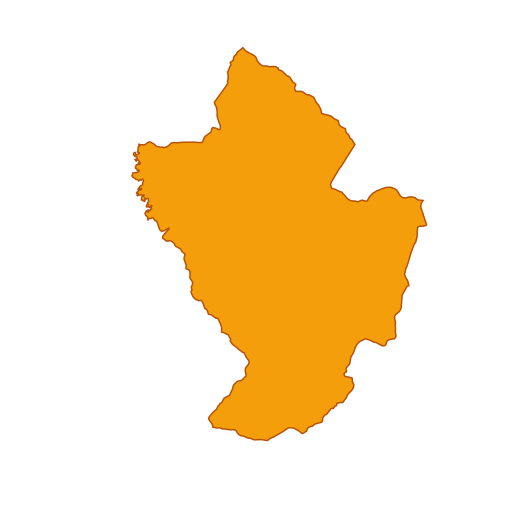 outline of Picota, San Martín, Peru, rotated 41°
{"feature_id": "86281439B32206092239911", "entity_name": "Picota", "entity_type": "district", "adm_level": 2, "iso_a3": "PER", "parent_name": "Peru", "parent_adm1": "San Martín", "projection": "mercator", "projection_center": [-76.326, -6.941], "detail": "fine", "context": "isolated", "style": "filled", "palette": "amber", "viewbox_px": 512, "rotation_deg": 41, "n_neighbors": 0, "source": "geoboundaries", "source_scale": "gbopen_adm2", "svg_char_len": 6129}
<svg xmlns="http://www.w3.org/2000/svg" viewBox="0 0 512 512"><g transform="rotate(41 256 256)"><path d="M335.7,413.5L339.7,411.2L340.9,409.7L344.2,408.5L345.9,407.0L351.2,403.7L352.5,402.2L354.5,401.0L355.6,400.9L358.2,401.8L360.2,402.0L362.5,401.6L364.4,400.2L369.3,398.7L371.5,397.2L375.4,395.8L380.3,391.2L385.4,388.0L385.9,387.2L386.3,384.4L388.0,381.1L391.4,371.2L393.3,364.1L397.2,361.2L403.1,359.9L407.2,359.8L408.2,357.9L409.0,354.9L408.0,351.8L408.3,350.5L409.2,348.4L410.3,347.3L410.6,344.4L414.6,338.3L414.2,336.7L412.7,334.6L412.2,330.8L413.0,329.7L413.2,328.2L412.9,326.0L413.1,324.1L412.6,322.8L413.4,321.1L414.4,320.1L414.0,318.0L414.9,316.1L413.7,313.8L415.0,312.6L415.5,311.3L416.8,310.6L417.6,309.4L417.1,303.9L416.0,299.7L416.4,295.9L416.2,292.7L414.9,289.8L414.1,288.8L411.3,287.7L409.2,285.5L408.4,285.0L402.2,288.4L401.2,288.3L399.8,287.2L399.5,285.9L400.1,284.7L400.0,283.7L399.8,283.3L398.2,282.4L397.6,281.5L397.5,276.0L394.0,270.2L392.9,264.8L391.2,260.5L390.2,256.8L390.2,254.1L390.6,251.5L391.6,250.1L392.4,247.4L393.4,246.4L398.2,244.4L400.7,244.0L403.6,242.5L410.3,240.9L411.7,239.6L412.3,238.3L410.8,234.7L410.9,233.2L411.6,231.4L414.8,227.6L414.7,225.7L414.0,224.4L410.7,221.7L408.8,219.1L406.1,216.5L405.3,215.0L402.0,212.5L400.2,210.5L399.8,208.4L400.6,203.9L400.1,201.1L399.5,199.8L392.0,189.7L390.1,180.8L390.1,179.2L390.8,178.1L386.8,175.2L383.2,174.1L380.3,172.5L377.7,168.0L376.3,163.8L370.3,150.5L367.9,143.9L367.4,140.7L365.1,136.1L359.5,128.9L359.3,127.4L359.6,126.6L362.6,123.8L364.0,121.9L364.3,120.6L349.0,111.4L347.2,109.8L345.9,107.0L345.7,104.5L341.2,107.6L337.5,107.6L334.4,109.5L333.0,110.8L331.0,113.8L328.2,115.9L325.0,115.8L319.2,114.0L316.4,114.3L312.9,115.6L311.6,116.6L309.1,119.1L307.9,121.1L304.3,127.8L303.0,132.2L302.8,136.7L303.7,141.1L303.5,142.0L302.9,142.6L299.5,144.2L298.6,145.5L297.4,148.2L294.2,149.9L291.7,151.9L288.9,152.6L287.2,152.7L278.9,151.5L276.3,152.7L272.2,153.6L270.9,154.4L268.3,155.2L265.3,153.1L264.5,151.3L261.8,136.8L261.3,131.2L257.5,107.0L252.2,105.3L249.3,105.5L248.1,104.4L245.6,103.7L243.6,103.8L242.5,103.4L239.9,101.3L235.8,102.5L233.1,102.5L231.9,102.0L229.7,100.2L228.8,100.0L225.1,101.1L221.4,101.1L219.3,101.8L212.3,105.3L211.4,105.0L208.6,102.8L204.0,101.0L200.1,100.4L196.4,98.7L194.7,98.5L190.4,99.5L188.3,101.1L184.4,101.3L183.3,101.7L181.4,102.6L178.0,105.7L175.8,104.7L174.9,103.7L174.2,102.7L173.8,100.8L173.2,100.3L169.1,100.4L163.8,98.8L162.4,99.0L161.8,99.6L160.9,99.7L154.1,99.3L150.9,100.6L149.1,99.5L146.6,100.3L144.8,101.5L142.1,104.3L139.7,105.4L136.6,108.0L135.0,108.4L132.5,108.5L128.8,107.8L125.5,106.1L123.0,105.9L114.8,107.8L112.7,108.0L109.4,107.4L108.2,115.1L108.9,116.0L108.5,119.5L108.8,120.7L110.4,123.4L109.6,126.9L111.9,128.4L112.0,130.6L112.8,131.9L113.0,133.1L113.5,133.6L113.8,135.8L116.5,137.9L119.2,141.3L119.9,143.0L121.2,143.8L121.9,146.9L123.7,167.1L124.8,168.1L128.9,169.9L132.3,172.8L134.8,176.0L141.8,180.2L143.2,180.7L145.3,183.0L145.7,184.2L145.3,184.9L141.6,185.9L139.1,187.5L139.0,188.8L140.8,192.0L139.2,198.8L139.2,200.4L140.8,205.1L139.9,206.7L134.0,211.2L125.7,218.6L122.7,221.8L118.8,225.0L117.9,226.5L117.8,228.9L117.2,231.7L115.4,234.8L114.3,234.9L112.5,236.5L109.0,238.5L105.4,238.4L103.9,238.9L101.8,239.1L101.1,239.5L100.2,240.5L99.1,244.8L98.6,245.5L94.9,248.4L94.4,248.4L94.7,249.1L95.8,249.1L95.6,251.2L96.6,252.1L97.1,253.3L98.1,253.8L98.2,255.1L99.1,255.3L100.2,254.7L100.7,255.4L99.3,258.5L98.5,258.4L97.4,257.1L96.8,257.1L96.3,258.1L96.7,259.4L97.3,260.0L99.4,260.3L100.7,259.5L101.4,259.5L102.2,260.1L102.4,260.9L101.4,262.5L102.6,263.0L103.4,262.8L103.3,261.3L104.0,260.8L106.2,261.3L106.5,262.2L106.2,263.4L106.5,263.5L107.4,263.2L107.1,261.8L107.5,261.5L107.8,261.7L107.8,263.5L105.9,265.7L106.9,268.3L107.4,268.8L109.1,268.6L110.3,269.3L110.7,269.1L111.2,268.1L111.6,268.0L112.1,269.1L111.7,270.6L108.6,274.1L109.5,275.6L109.7,276.9L111.6,277.4L112.6,277.0L115.0,277.0L116.9,276.0L118.3,276.2L118.5,274.6L119.6,274.1L119.8,272.5L120.4,272.3L122.0,273.3L122.5,275.3L123.4,276.1L123.7,276.8L122.6,279.7L123.1,280.7L123.0,281.8L124.5,281.3L125.1,280.3L125.7,280.4L125.9,280.9L125.2,282.5L123.6,282.8L123.4,283.2L124.9,284.4L124.4,285.7L124.4,286.7L125.1,287.0L126.0,286.1L126.5,286.2L126.3,287.8L126.6,288.3L127.3,288.1L127.8,286.5L131.6,283.6L131.9,284.2L131.1,285.2L131.2,286.7L132.7,288.8L133.8,288.2L134.7,288.6L135.2,287.6L136.1,287.7L135.8,286.8L134.2,285.4L135.8,285.0L136.2,283.9L136.7,283.4L137.5,283.7L139.1,285.3L139.3,287.3L141.2,287.9L141.1,288.3L140.0,289.1L140.8,290.6L141.6,290.5L142.7,289.3L143.8,289.1L143.7,286.8L144.0,286.5L144.6,286.6L145.2,288.4L146.4,289.1L145.7,290.2L146.4,291.4L145.9,291.9L144.7,291.8L144.3,292.1L145.9,293.5L145.6,293.9L144.4,293.5L143.7,293.8L144.2,296.6L145.6,297.5L148.4,297.7L150.6,299.6L151.0,299.2L150.6,298.3L150.8,297.6L151.9,297.0L152.6,295.1L153.4,294.8L156.6,295.6L158.4,294.9L165.7,299.2L168.8,299.4L169.8,297.5L171.9,292.2L172.8,293.2L172.3,296.4L172.7,302.3L173.6,303.7L174.4,303.9L176.2,303.4L178.0,303.8L179.0,302.8L179.8,302.6L180.5,301.3L182.3,300.3L185.9,300.2L187.8,301.1L189.3,301.3L194.3,300.2L197.3,301.2L200.5,301.1L201.5,301.5L202.9,304.5L203.8,305.6L209.3,308.6L211.2,311.3L211.6,311.5L214.0,310.6L215.4,310.6L217.3,312.0L220.4,315.9L225.4,317.4L226.7,319.1L227.5,321.8L230.0,323.7L230.3,325.4L231.4,326.3L234.6,327.8L236.3,328.3L239.6,328.3L240.3,327.7L242.3,327.2L243.4,325.8L245.0,325.6L246.2,325.9L251.6,329.1L254.6,328.9L258.1,331.0L258.6,331.0L260.8,329.7L266.6,329.3L267.5,328.3L268.1,328.1L272.8,330.1L276.7,332.3L280.0,336.0L283.2,334.5L285.0,334.4L287.1,333.6L289.3,334.8L291.2,335.2L292.2,337.0L296.1,338.1L302.6,337.6L304.4,338.0L306.0,337.5L308.7,337.6L310.4,336.8L315.4,338.9L318.8,339.6L320.1,340.2L320.5,340.6L321.3,342.8L321.7,347.7L323.6,350.1L327.2,352.9L326.8,358.9L326.1,360.3L325.1,361.4L324.0,363.3L323.7,367.4L324.2,369.5L325.5,371.3L326.0,373.8L327.5,378.3L325.2,384.1L326.2,388.7L326.2,389.5L325.6,390.6L326.0,392.5L325.8,394.5L326.8,397.2L326.1,402.1L326.3,408.5L327.1,410.1L333.3,411.7L334.4,412.3L335.7,413.5Z" fill="#f59e0b" stroke="#b45309" stroke-width="1.5"/></g></svg>